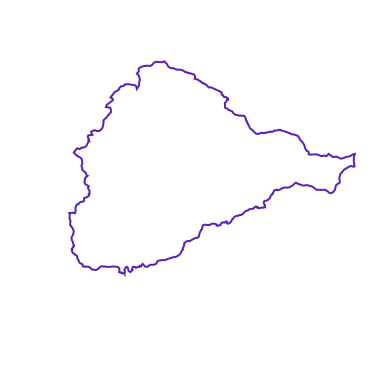 Metes, Alba, Romania, rotated 124°
{"feature_id": "2599482B52286891990585", "entity_name": "Metes", "entity_type": "district", "adm_level": 2, "iso_a3": "ROU", "parent_name": "Romania", "parent_adm1": "Alba", "projection": "orthographic", "projection_center": [23.404, 46.123], "detail": "fine", "context": "isolated", "style": "outline", "palette": "violet", "viewbox_px": 384, "rotation_deg": 124, "n_neighbors": 0, "source": "geoboundaries", "source_scale": "gbopen_adm2", "svg_char_len": 6012}
<svg xmlns="http://www.w3.org/2000/svg" viewBox="0 0 384 384"><g transform="rotate(124 192 192)"><path d="M149.6,310.4L152.7,312.2L155.3,312.0L156.8,312.4L159.2,312.3L159.0,310.1L160.0,308.9L167.5,311.4L169.7,310.9L167.9,307.0L168.5,305.9L171.1,303.8L174.7,304.4L178.3,304.6L182.1,305.5L183.4,304.5L187.0,302.7L189.1,302.1L192.1,302.5L193.5,303.3L194.8,305.1L194.9,306.4L195.3,307.4L197.1,308.7L198.6,309.3L199.6,307.9L200.2,306.5L202.2,308.5L202.3,308.9L203.3,309.7L204.9,309.1L205.8,306.9L207.1,306.9L207.4,305.4L208.8,305.9L212.8,305.4L214.0,305.6L216.4,307.3L216.4,307.7L217.7,308.7L218.9,308.9L219.5,309.5L219.7,311.0L220.1,311.7L225.4,312.1L226.3,307.4L225.9,303.6L226.5,301.5L229.8,298.7L232.2,298.3L233.6,296.4L234.9,295.6L235.6,290.5L236.7,289.3L237.2,287.9L237.1,287.6L239.7,288.4L241.4,288.0L241.5,287.7L243.4,287.0L244.3,286.4L244.9,285.2L245.2,283.6L244.9,282.4L245.0,280.7L246.3,280.8L247.6,279.5L248.0,278.0L248.5,277.5L250.4,276.3L250.5,276.0L251.5,276.5L252.4,275.5L253.0,275.4L255.7,276.5L256.6,277.6L257.5,278.0L258.3,277.3L259.7,276.7L260.9,276.9L262.2,278.5L263.0,279.0L265.6,279.4L266.6,280.5L270.0,279.9L273.3,277.6L274.9,277.1L275.2,277.1L275.6,279.0L277.3,280.8L278.0,282.0L279.4,280.5L282.5,278.7L283.9,276.5L286.0,275.6L287.5,274.5L287.7,273.5L288.2,272.9L288.5,271.2L290.8,267.9L294.2,266.7L296.9,266.5L298.4,265.5L299.2,264.5L300.1,262.9L302.4,260.3L302.3,259.8L303.2,259.4L304.0,259.9L304.5,259.6L306.3,259.9L306.2,259.5L307.1,258.9L308.3,258.4L309.2,256.4L309.0,254.8L309.4,253.9L309.2,252.5L309.5,251.1L311.0,250.2L312.0,247.9L312.8,247.0L313.6,245.1L313.2,242.3L314.6,241.0L314.5,240.1L314.3,240.0L313.8,238.8L313.2,238.6L311.7,235.2L312.1,231.3L310.9,229.3L310.9,228.7L309.3,227.2L304.4,225.8L300.6,219.0L297.7,215.5L295.7,211.8L295.8,210.3L296.4,209.1L299.2,207.6L298.2,205.5L298.7,205.2L297.5,202.6L297.6,202.3L296.8,203.0L296.2,202.7L295.7,203.0L294.3,204.6L293.0,204.4L291.4,204.8L290.6,204.4L290.5,203.7L290.8,202.7L292.9,200.4L292.9,199.0L292.7,198.2L291.8,198.2L290.6,197.7L289.8,197.8L289.8,198.5L287.2,199.2L286.1,197.7L286.4,197.2L286.2,196.1L285.7,196.0L283.8,194.5L283.4,193.7L282.6,193.9L282.5,193.0L282.1,192.6L280.6,193.1L279.2,192.7L280.1,189.1L278.6,186.8L276.3,186.4L275.0,185.0L274.0,183.4L272.2,181.9L271.3,181.5L269.5,181.9L269.2,181.6L268.5,181.7L267.6,181.4L266.5,180.0L265.7,179.4L263.5,176.2L260.9,174.6L257.7,171.8L255.9,170.7L255.5,169.8L255.1,169.3L251.8,167.5L249.2,167.2L245.7,167.6L244.9,167.3L244.1,168.1L240.9,168.6L238.5,169.9L237.8,169.4L236.0,169.0L234.5,167.4L234.1,166.4L230.3,164.7L228.1,163.3L227.6,162.6L225.8,161.4L221.2,162.8L218.0,163.2L217.0,163.0L213.8,164.4L211.9,163.1L210.5,160.4L209.5,158.8L208.9,158.8L206.8,157.4L205.2,154.5L205.5,153.1L206.1,152.8L205.9,152.2L205.2,152.0L205.2,151.5L204.9,151.1L203.4,149.9L201.0,150.3L199.7,149.2L199.5,148.2L198.3,147.8L197.0,147.0L197.1,146.5L198.5,145.6L197.8,144.0L195.0,143.0L191.8,143.3L188.8,142.9L187.5,142.1L186.5,141.3L186.1,140.5L184.8,140.0L183.8,138.7L182.2,137.7L177.8,137.0L176.1,135.3L175.4,135.3L173.6,134.4L172.0,132.3L170.6,131.7L170.1,131.8L168.4,131.0L168.0,130.5L167.8,129.4L168.1,129.1L168.4,129.3L168.6,128.4L167.8,127.8L167.4,126.7L165.7,125.4L165.4,124.2L164.4,123.7L163.8,122.8L163.1,123.4L162.8,124.0L162.4,124.0L161.7,125.3L160.8,126.5L159.8,127.0L158.7,126.9L158.0,125.9L157.2,125.3L155.5,124.4L154.7,124.5L153.9,123.9L150.8,124.7L149.7,124.5L148.9,123.9L148.4,124.0L148.5,124.4L144.7,124.6L144.1,124.4L143.2,123.4L143.2,123.2L142.7,123.1L142.4,122.1L142.5,121.9L141.2,120.6L138.9,119.6L137.1,118.3L135.8,116.8L135.2,115.4L133.6,113.9L129.8,112.0L126.5,111.4L125.9,110.3L126.1,109.4L125.8,108.2L124.4,103.0L122.5,101.3L121.5,99.3L120.6,96.2L120.2,94.5L120.5,90.1L118.5,86.7L116.1,83.6L115.6,81.6L115.7,78.6L115.9,77.6L115.7,76.6L114.4,75.6L113.4,75.0L110.8,74.7L105.9,76.3L103.8,75.8L102.2,74.9L101.5,74.8L100.0,75.8L99.0,77.0L98.0,77.7L94.2,79.0L91.4,78.7L88.1,78.3L81.9,75.2L81.2,74.0L80.9,72.6L80.1,71.6L78.2,72.8L78.0,73.4L76.3,74.8L72.7,77.3L69.4,78.3L71.0,79.8L74.0,81.0L76.8,83.8L80.7,86.6L81.2,87.4L81.9,92.1L84.3,94.7L84.0,96.1L84.2,97.9L84.0,100.1L87.1,100.6L87.8,102.6L89.9,104.8L90.9,109.2L92.6,111.9L95.3,115.4L95.3,116.5L93.8,117.4L93.4,118.2L93.8,119.8L92.2,123.2L90.7,124.5L89.0,127.9L88.4,131.1L87.3,133.1L86.2,135.9L86.6,136.5L86.7,137.5L87.0,138.2L87.4,140.0L88.1,140.9L88.6,142.3L88.5,143.8L89.1,145.2L89.3,146.7L89.9,148.4L90.1,150.0L91.1,152.3L90.9,153.3L91.6,154.4L93.9,156.4L94.8,157.9L96.5,158.6L97.4,159.4L97.9,160.5L98.7,160.7L98.8,161.3L101.6,163.9L101.6,164.2L102.2,164.4L103.4,166.0L103.3,166.3L103.9,166.9L104.1,167.6L106.7,169.5L107.5,170.5L107.8,171.4L107.4,175.0L106.8,176.6L106.8,177.8L107.0,178.3L106.7,179.6L105.0,182.3L104.3,184.0L103.9,184.1L103.4,185.5L102.7,186.0L102.3,187.5L101.4,188.4L101.1,188.3L99.8,190.6L99.7,191.8L101.1,193.2L101.3,194.4L102.5,195.8L102.8,197.5L103.7,199.0L103.5,201.8L102.7,203.7L103.1,205.5L103.0,206.1L103.5,207.8L103.2,209.3L103.6,211.8L99.9,214.5L96.9,214.2L95.6,214.7L95.2,213.7L94.4,214.2L94.2,216.7L95.2,218.2L95.4,219.1L94.5,219.9L94.4,220.4L94.7,221.4L94.5,222.0L93.0,223.0L93.0,224.9L94.6,235.0L95.6,235.8L95.9,236.7L95.3,239.8L95.0,240.2L95.1,241.3L95.5,241.7L95.4,243.7L95.8,243.8L95.8,244.4L95.6,245.9L95.8,246.5L95.4,247.5L95.7,248.0L95.5,249.5L96.6,253.1L94.9,253.6L93.9,255.0L93.4,256.6L94.2,257.7L94.5,259.7L95.8,262.7L95.6,262.9L96.4,265.1L96.2,266.7L96.4,268.3L96.7,268.5L97.3,270.7L98.0,271.3L99.0,273.0L99.9,276.6L99.8,276.9L100.9,278.2L101.3,279.9L101.3,281.8L99.6,285.0L99.5,286.8L99.1,287.6L99.2,288.0L101.4,289.8L104.5,295.1L106.7,296.0L108.3,296.0L109.6,296.4L110.9,297.2L112.0,299.4L112.9,300.2L113.3,301.0L115.4,303.1L117.7,304.7L119.5,305.1L122.1,303.5L124.4,303.9L124.9,303.5L124.8,302.3L126.2,300.0L128.3,297.8L129.8,297.6L133.1,295.5L137.4,295.3L135.4,297.7L135.4,298.8L136.1,300.7L137.1,302.3L137.5,303.9L140.1,307.7L142.2,307.9L143.2,308.8L143.8,309.8L146.6,310.4L147.7,309.8L148.4,310.3L149.6,310.4Z" fill="none" stroke="#5b21b6" stroke-width="2"/></g></svg>